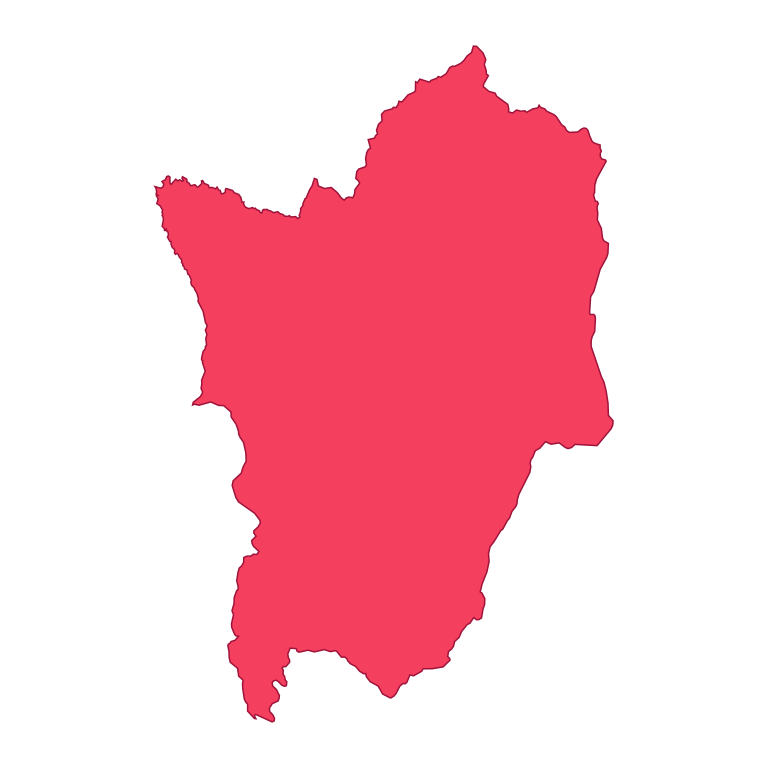 Nqoe, Butha-Buthe, Lesotho (Equal Earth projection)
{"feature_id": "5366337B84603329335542", "entity_name": "Nqoe", "entity_type": "district", "adm_level": 2, "iso_a3": "LSO", "parent_name": "Lesotho", "parent_adm1": "Butha-Buthe", "projection": "equal_earth", "projection_center": [28.538, -28.865], "detail": "fine", "context": "isolated", "style": "filled", "palette": "rose", "viewbox_px": 768, "rotation_deg": 0, "n_neighbors": 0, "source": "geoboundaries", "source_scale": "gbopen_adm2", "svg_char_len": 6100}
<svg xmlns="http://www.w3.org/2000/svg" viewBox="0 0 768 768"><path d="M597.1,445.6L611.0,428.9L612.5,425.9L613.0,422.8L613.0,420.7L608.4,415.3L608.0,403.1L606.2,391.3L604.0,382.3L601.2,376.2L591.1,346.3L591.2,340.7L592.1,336.7L594.7,331.5L595.4,319.0L595.0,315.8L593.9,314.5L590.4,314.5L589.6,313.1L590.6,296.8L593.9,291.2L600.2,269.2L606.6,257.6L607.9,253.5L608.4,243.4L603.8,240.8L602.6,238.3L601.3,228.4L597.3,219.8L597.8,213.4L597.1,208.3L597.3,205.8L598.3,203.6L597.3,201.5L595.3,201.1L593.5,194.7L594.6,192.7L594.8,185.3L596.5,178.9L606.2,161.2L605.5,160.0L601.6,158.9L600.3,156.4L600.3,153.3L601.4,150.9L600.1,148.4L600.1,145.0L594.8,143.3L592.3,141.7L589.8,136.4L588.0,130.5L586.3,128.5L584.0,128.0L581.7,128.9L577.7,132.0L569.3,132.4L566.5,130.4L564.8,127.0L561.5,124.6L556.5,116.9L554.2,114.8L546.7,111.2L544.8,108.9L540.6,107.4L539.1,105.2L537.8,107.9L532.7,108.9L526.7,112.3L525.0,110.8L520.6,111.2L516.6,110.0L512.6,113.0L508.5,111.8L508.8,109.3L507.8,104.4L496.7,96.3L495.1,93.1L489.1,91.5L483.3,86.7L483.6,84.2L488.4,75.6L486.3,73.9L486.3,70.9L484.3,64.4L485.8,59.6L483.0,53.0L476.7,46.4L473.4,46.1L471.5,52.6L467.1,56.0L463.8,60.6L460.8,63.3L454.8,66.3L452.5,66.1L449.8,67.5L446.2,73.7L440.9,77.2L438.1,76.6L437.1,78.1L430.8,80.5L429.5,82.2L419.9,79.1L417.4,82.7L415.6,81.8L415.4,90.9L413.4,92.6L408.1,94.8L401.8,102.0L399.0,101.2L398.0,104.7L396.0,107.6L393.4,107.3L392.2,108.8L384.6,111.0L381.5,114.4L382.1,120.9L378.5,124.3L376.5,130.3L377.5,133.7L375.5,135.8L374.5,138.1L368.2,139.6L370.5,148.2L368.4,149.5L366.7,152.6L365.6,158.7L366.4,164.8L365.1,166.9L358.8,169.0L356.8,171.5L355.8,178.5L358.5,180.9L359.6,183.3L355.0,189.5L354.6,193.7L353.0,197.6L348.7,197.1L346.4,197.9L344.2,200.1L341.2,197.9L337.4,192.7L331.3,187.5L324.5,188.5L318.4,186.0L317.0,179.5L314.4,178.4L312.1,185.8L309.6,189.8L306.1,198.2L305.1,198.6L303.0,203.5L302.8,205.7L300.7,208.5L300.5,212.0L299.2,215.3L299.9,217.1L297.8,218.5L295.6,216.6L291.0,217.0L289.4,215.6L287.9,216.4L284.5,216.1L283.3,214.7L279.8,213.5L277.8,211.7L273.7,212.7L269.9,210.6L268.4,210.6L267.5,209.5L263.6,209.5L262.6,210.1L262.1,212.6L260.3,212.8L259.4,210.7L256.3,209.5L255.5,208.2L254.4,208.6L252.4,207.6L248.9,208.6L247.7,208.2L245.0,206.8L243.5,203.6L243.9,202.1L242.0,202.1L240.8,197.3L238.6,194.3L234.3,192.8L232.6,190.5L226.2,188.5L225.5,189.1L225.2,192.3L222.8,193.7L221.2,193.7L220.2,190.4L218.9,190.2L217.0,187.1L215.5,188.8L212.0,187.4L209.3,187.7L208.3,185.1L204.3,183.4L202.6,180.5L201.5,180.9L201.7,183.6L198.2,187.0L197.3,187.0L194.9,184.7L190.7,185.7L188.9,183.0L186.8,181.7L187.0,180.0L186.4,178.9L182.5,176.7L182.0,178.2L183.4,180.4L182.5,181.3L179.7,179.8L177.8,180.9L175.8,179.2L171.1,184.4L170.0,183.3L169.9,176.9L168.3,176.0L166.7,176.5L165.4,179.7L162.0,181.5L163.8,184.2L162.9,187.0L160.5,188.2L155.0,186.6L155.9,188.1L156.7,191.9L156.2,193.5L157.6,195.0L156.3,194.7L156.3,195.5L158.2,199.0L156.8,203.6L160.0,205.7L162.6,210.1L162.0,212.6L162.8,214.0L162.1,215.5L163.2,217.5L163.3,220.4L162.1,226.1L164.6,229.1L164.5,230.4L165.8,230.5L166.3,229.4L167.1,231.6L168.2,232.2L168.3,235.5L167.4,237.0L169.8,241.3L171.1,241.7L171.0,244.2L172.2,247.3L174.7,249.8L174.5,253.0L175.4,254.3L176.9,253.4L178.4,254.8L179.1,256.7L181.8,260.2L181.5,262.4L182.9,264.1L182.7,265.5L184.2,267.1L184.5,269.0L187.0,270.1L187.8,274.1L189.2,275.1L191.3,279.9L190.8,282.4L191.6,285.2L194.5,288.2L194.6,289.4L196.8,292.9L198.4,298.5L198.0,301.3L203.1,311.3L205.5,322.7L207.3,325.8L205.4,330.2L206.9,334.6L205.8,338.6L206.6,345.3L205.4,346.3L205.4,348.5L203.1,351.5L201.6,358.1L201.6,359.9L202.9,360.9L202.4,362.3L205.2,371.2L201.6,380.2L201.9,383.0L201.1,388.6L202.4,391.3L202.4,393.0L200.4,396.6L193.3,402.2L192.6,405.0L194.3,404.2L199.1,405.2L210.7,402.0L218.6,405.4L223.6,405.6L230.9,411.9L231.2,417.0L236.2,424.4L238.5,431.2L238.7,434.2L240.3,437.7L243.5,442.3L245.8,452.6L246.1,458.9L246.1,461.2L243.1,467.0L241.2,473.2L233.2,480.7L232.2,485.5L235.8,497.3L238.5,501.9L254.6,513.2L259.9,520.2L260.3,523.1L258.1,526.9L253.9,530.8L253.8,533.0L256.0,536.2L251.7,540.5L252.1,543.6L253.6,546.4L258.9,551.5L256.8,554.5L253.3,554.2L251.2,556.0L246.6,556.2L243.8,557.5L243.6,562.3L241.7,565.9L239.2,568.1L238.0,572.4L236.7,580.9L238.0,585.6L238.2,589.5L236.7,590.6L234.2,597.6L234.0,603.6L232.0,610.7L233.5,614.7L231.5,623.8L231.7,627.3L234.6,634.3L235.8,635.8L238.5,636.3L235.0,640.3L230.9,641.6L230.1,643.1L228.2,644.3L227.9,646.0L229.0,651.4L229.2,657.8L230.3,662.3L237.5,668.2L238.7,676.2L243.1,680.2L242.5,683.7L242.8,688.8L244.3,699.0L245.8,702.2L247.6,704.1L247.6,711.1L254.4,718.5L255.9,718.7L254.6,716.2L254.9,714.8L255.9,714.5L272.1,721.9L274.2,720.9L274.5,718.4L272.8,714.8L269.7,711.5L269.4,708.2L272.2,703.7L278.0,701.0L279.1,698.5L279.4,695.5L276.4,689.5L272.8,686.1L272.1,683.0L273.5,680.9L276.0,680.2L277.8,681.1L282.1,685.4L284.8,686.3L286.4,685.6L286.8,681.8L285.3,680.1L284.6,676.5L283.1,674.2L283.3,670.2L282.0,667.9L283.4,666.7L285.8,666.6L289.6,662.3L289.6,660.0L288.3,657.6L287.8,653.9L290.1,648.2L295.4,648.5L296.5,649.2L297.0,651.1L299.0,652.2L308.0,650.2L314.4,651.9L324.2,649.6L330.3,651.6L335.2,650.7L336.8,651.4L341.3,657.1L344.9,657.1L346.9,658.8L347.8,660.9L350.2,663.6L355.7,666.5L359.7,671.3L363.8,673.8L365.8,673.5L366.3,676.6L370.1,681.6L378.2,686.1L382.6,694.0L390.0,697.8L391.0,697.9L394.0,696.0L396.0,693.6L399.8,686.2L401.1,685.0L403.2,683.4L405.1,683.8L406.8,682.5L409.9,674.9L413.6,675.8L421.8,671.2L423.0,668.8L432.4,668.7L443.1,666.9L450.0,660.2L449.7,658.5L447.7,656.5L448.5,651.6L451.7,648.9L453.5,646.2L454.6,641.6L459.1,637.4L461.6,631.5L467.3,624.4L469.9,623.3L473.7,617.6L476.7,619.8L479.1,619.5L481.5,617.9L483.0,609.1L484.6,604.5L484.8,598.6L482.0,593.1L480.2,591.9L482.1,584.0L486.9,571.9L489.1,561.5L488.5,553.6L490.1,546.7L494.0,541.6L500.7,530.7L502.8,529.1L507.3,520.7L509.5,518.2L511.9,511.5L515.7,506.6L517.0,503.8L517.2,500.1L518.9,494.2L529.8,472.5L530.8,466.7L530.1,463.2L531.0,459.5L532.6,457.4L535.3,450.7L539.8,448.2L545.4,441.7L551.0,444.2L559.3,442.9L565.3,447.5L568.1,448.6L571.6,447.5L574.9,444.4L597.1,445.6Z" fill="#f43f5e" stroke="#9f1239" stroke-width="1.5"/></svg>